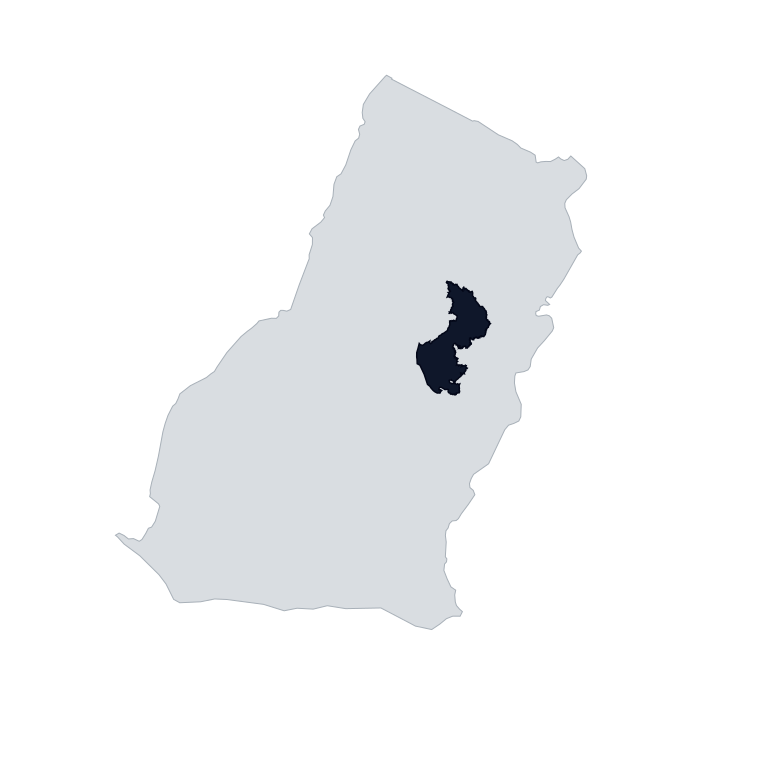 North East Gonja, Northern, Ghana shown in context, rotated 28°
{"feature_id": "2480657B30922977157044", "entity_name": "North East Gonja", "entity_type": "district", "adm_level": 2, "iso_a3": "GHA", "parent_name": "Ghana", "parent_adm1": "Northern", "projection": "robinson", "projection_center": [-0.531, 8.741], "detail": "fine", "context": "in_parent", "style": "filled", "palette": "ink", "viewbox_px": 768, "rotation_deg": 28, "n_neighbors": 0, "source": "geoboundaries", "source_scale": "gbopen_adm2", "svg_char_len": 8748}
<svg xmlns="http://www.w3.org/2000/svg" viewBox="0 0 768 768"><g transform="rotate(28 384 384)"><path d="M460.2,99.6L465.2,105.0L466.4,108.2L464.5,119.9L460.8,128.0L458.5,135.7L458.8,139.6L461.1,143.4L468.8,149.4L472.7,153.3L477.4,159.3L482.8,165.1L492.0,172.6L495.9,174.0L495.7,176.1L494.4,179.0L493.6,207.1L492.9,214.3L492.2,218.0L491.4,228.5L490.4,230.0L488.7,229.9L487.1,230.3L486.7,232.4L487.3,234.5L492.9,236.0L491.7,237.6L487.6,239.1L485.7,242.2L486.5,245.8L484.2,248.7L484.9,250.7L486.3,252.1L488.7,251.6L495.1,246.7L497.9,246.2L501.2,247.2L507.4,254.6L507.7,258.2L505.2,270.6L502.7,280.1L502.3,292.9L504.9,300.0L504.5,304.0L501.7,307.4L495.3,312.3L495.8,315.6L498.7,321.9L504.1,328.9L514.7,337.5L520.2,348.8L520.4,353.4L517.1,357.9L513.3,361.9L512.1,367.7L513.8,405.3L505.5,421.7L505.4,426.4L506.2,431.8L508.5,435.1L512.7,436.0L516.2,439.1L515.0,450.6L513.2,462.3L512.9,468.0L511.8,470.7L508.5,472.9L507.3,476.6L508.2,481.1L507.6,484.5L509.3,488.9L513.1,494.3L519.3,507.8L521.6,508.9L522.7,511.7L522.0,514.5L524.4,520.5L531.2,526.4L538.3,531.7L544.1,532.4L545.5,537.1L549.3,543.0L552.0,545.6L556.4,547.3L560.1,548.2L560.2,553.3L553.7,556.7L549.3,561.9L546.0,569.8L541.4,578.4L525.4,583.0L519.3,583.0L486.4,583.2L455.7,600.3L438.0,606.4L427.2,616.0L412.5,622.8L402.3,631.1L381.1,635.1L346.3,648.1L335.4,653.3L324.3,662.4L306.4,673.0L299.4,672.9L285.4,662.9L274.8,658.0L249.0,650.3L229.8,647.4L220.5,644.1L217.9,643.6L220.1,640.0L225.5,639.8L231.1,640.8L235.4,638.1L241.7,637.8L243.3,634.9L243.8,627.7L243.7,622.0L246.0,619.4L246.5,612.5L243.5,597.4L241.3,595.7L230.0,593.5L229.2,590.5L227.2,587.4L225.0,579.6L222.6,568.0L218.7,553.6L211.2,529.9L209.3,521.5L208.0,513.0L207.8,502.8L209.3,499.0L209.1,493.7L208.4,488.5L213.8,476.4L224.2,461.6L226.4,456.3L228.4,452.6L228.6,447.3L230.5,430.0L235.5,409.2L238.7,401.4L240.8,397.1L243.4,390.2L244.0,387.0L253.7,378.8L258.1,376.6L259.1,373.4L257.5,369.9L258.2,367.5L260.5,366.3L264.0,365.3L266.6,362.0L262.6,336.3L259.4,310.7L259.2,308.6L257.2,305.0L255.3,294.5L252.1,288.3L247.6,286.5L247.6,280.7L252.2,270.8L253.4,265.0L251.2,263.3L250.9,258.8L252.4,251.6L251.7,247.1L250.9,242.4L246.1,231.2L245.0,223.2L247.4,218.6L247.4,208.5L244.8,192.8L244.4,182.9L246.2,178.8L245.3,174.9L241.9,171.2L241.7,167.5L244.6,164.0L244.2,161.3L240.6,159.3L237.3,154.5L234.5,146.8L235.1,134.6L240.6,112.1L241.3,110.2L247.5,110.3L247.5,111.3L266.7,111.1L288.7,110.8L315.0,110.5L338.8,110.3L339.9,109.2L343.8,108.0L367.9,110.3L383.0,109.1L389.4,109.9L394.0,111.4L404.5,110.5L410.0,111.0L414.2,116.7L415.9,116.6L418.2,114.2L422.4,111.5L426.6,109.4L429.7,105.0L431.5,101.6L434.3,102.3L438.2,102.1L440.8,99.3L441.9,95.0L460.2,99.6Z" fill="#d9dde1" stroke="#a8b0b8" stroke-width="1"/><path d="M449.6,280.7L449.0,280.5L448.4,280.8L448.0,280.4L447.9,279.6L447.4,279.4L446.9,279.9L446.5,279.5L446.1,279.5L445.8,278.9L445.2,279.2L445.0,278.8L444.3,278.9L444.1,278.5L443.3,278.1L443.3,277.4L442.9,277.2L443.1,277.0L442.9,276.6L442.6,276.6L442.3,274.6L441.2,274.2L441.1,273.1L440.5,272.8L440.0,271.7L438.7,271.5L437.2,270.4L435.7,270.0L434.7,269.3L432.4,270.5L431.8,270.5L431.1,269.7L429.8,269.3L428.9,268.6L428.4,268.7L427.3,268.0L426.8,268.0L425.2,267.0L425.0,266.6L425.1,265.8L424.4,265.1L424.0,265.2L423.2,265.8L422.7,265.5L421.8,264.9L420.7,264.5L419.6,262.0L418.5,260.9L418.2,261.3L417.7,261.4L417.5,261.9L417.3,262.1L417.2,262.5L416.7,262.3L415.9,262.8L415.2,262.5L415.5,262.1L415.3,261.8L413.8,262.1L413.5,261.8L412.8,261.8L412.7,261.6L411.4,261.2L411.2,261.4L411.0,262.6L409.0,261.1L408.7,262.2L409.2,262.9L409.0,263.9L409.3,264.4L410.3,264.8L410.2,265.1L410.6,265.4L409.4,264.6L405.0,263.8L404.2,263.2L402.5,262.7L401.7,261.8L401.0,262.3L400.4,262.4L399.6,263.7L398.8,263.5L398.3,263.8L398.3,263.1L397.4,262.9L396.6,262.9L395.8,263.5L395.4,262.5L392.1,263.8L391.8,263.6L391.4,263.8L391.4,265.0L392.2,265.4L393.1,265.3L394.0,265.8L394.3,266.7L394.7,266.7L394.8,267.2L395.6,268.0L395.6,268.6L395.9,268.8L395.8,269.4L396.0,269.4L396.3,270.0L396.6,270.0L396.7,270.4L397.0,270.5L397.6,270.3L397.6,270.6L397.9,270.8L398.4,270.8L398.5,270.6L399.1,270.8L399.0,271.4L398.5,271.8L398.4,272.7L397.8,273.1L398.7,273.4L399.0,274.0L398.7,274.7L399.0,277.5L399.4,277.0L400.3,276.6L401.1,276.8L402.2,276.3L403.8,276.4L404.2,276.5L404.1,276.8L404.4,276.7L404.7,277.0L405.3,277.6L405.4,278.5L406.0,278.6L406.0,279.0L406.3,279.2L406.5,278.7L407.2,279.2L406.9,279.5L407.2,280.1L406.9,280.9L407.3,281.4L407.2,281.9L407.4,282.1L407.6,282.0L408.4,283.0L408.2,283.3L408.3,283.6L407.9,284.3L407.8,284.9L407.8,285.2L408.3,285.4L408.2,286.6L408.4,286.7L408.1,287.0L408.4,288.1L408.9,288.6L408.5,289.4L407.9,289.7L408.2,289.9L408.4,291.0L408.8,290.8L408.5,290.4L409.6,289.7L410.4,289.7L410.4,289.3L411.5,288.5L412.0,289.0L413.2,289.3L413.7,289.1L416.5,289.5L417.4,291.1L417.4,292.7L418.0,294.2L417.9,294.5L416.3,295.4L416.2,295.2L415.6,295.5L415.5,295.3L415.0,296.1L414.6,296.1L414.7,296.4L413.4,296.8L413.4,297.0L413.0,297.0L412.4,297.6L412.9,298.2L413.1,298.9L413.6,299.2L413.7,299.9L414.4,300.9L414.3,301.7L414.7,303.0L414.3,304.6L414.9,307.0L412.8,311.3L411.8,312.3L411.3,314.1L410.2,315.4L410.0,316.3L410.4,317.9L409.3,318.9L408.6,320.8L408.0,321.2L407.5,323.0L406.5,323.9L406.5,324.2L406.9,324.9L406.6,326.0L406.3,326.5L405.6,326.4L404.6,325.4L404.3,324.5L403.3,326.5L402.2,327.2L401.4,328.5L400.7,330.6L399.9,331.8L397.5,332.3L396.1,331.7L397.3,336.5L398.2,340.9L400.2,344.8L401.6,346.7L403.8,350.5L406.9,350.5L414.9,356.5L422.6,363.9L425.8,364.5L427.0,365.3L430.4,366.6L432.4,367.0L435.2,367.0L436.7,366.1L437.6,365.8L437.8,365.2L437.2,364.1L437.8,363.4L438.0,362.6L436.4,362.7L435.1,363.2L434.8,362.9L434.7,361.8L434.9,360.6L436.4,360.0L440.4,360.3L442.5,358.9L443.4,358.7L443.9,360.1L444.3,360.7L445.1,361.3L446.8,361.1L447.2,361.6L447.9,361.6L448.3,361.1L449.9,361.0L450.0,360.5L450.7,359.9L451.3,359.8L451.6,360.3L452.3,359.9L452.6,359.3L452.2,358.0L452.8,357.8L453.8,356.9L454.1,356.2L454.4,356.3L454.4,355.4L454.0,354.7L453.1,353.9L452.7,352.6L451.1,350.3L450.8,348.5L450.1,349.4L449.0,349.2L448.4,350.3L447.3,350.2L446.8,349.9L446.0,350.7L444.8,350.5L444.5,351.4L443.6,352.0L443.0,351.8L441.8,352.0L441.2,351.9L439.8,350.2L439.9,349.9L440.5,349.7L441.4,348.5L442.0,349.0L443.8,348.9L445.1,349.3L445.6,349.1L445.9,346.5L446.8,344.8L447.1,343.4L448.2,341.1L448.3,339.7L447.6,339.4L447.2,339.5L446.4,338.2L448.3,337.9L448.4,338.4L448.8,338.6L449.0,336.9L449.8,337.3L450.2,337.2L449.2,336.2L449.5,335.9L449.9,333.7L449.3,333.3L449.3,332.2L450.0,331.5L450.1,330.9L448.7,330.9L448.1,330.1L448.0,329.3L447.5,329.6L447.1,329.2L446.8,329.6L446.7,330.3L445.2,330.7L445.1,331.5L444.6,331.4L444.3,331.9L444.3,331.1L443.7,330.5L442.7,331.7L442.1,331.9L442.0,331.7L442.4,331.4L442.0,331.5L441.5,332.5L441.4,332.2L441.1,332.2L440.9,333.2L440.8,332.7L440.4,332.5L440.1,332.8L439.3,332.6L439.1,332.9L439.0,332.2L438.2,331.1L437.9,330.3L438.4,329.5L437.4,329.3L436.8,328.3L437.3,327.5L437.3,326.8L436.9,326.8L436.2,327.8L436.0,326.8L435.7,326.8L435.6,327.3L435.3,327.4L434.6,327.1L434.2,327.3L434.2,326.8L434.1,327.0L434.0,326.4L433.7,326.3L433.3,326.9L433.1,326.7L433.2,326.0L433.0,325.7L432.7,326.0L432.6,325.4L432.9,325.2L432.7,324.9L432.9,324.3L432.4,323.1L432.5,322.5L432.1,322.1L431.5,322.8L431.2,322.7L431.1,322.2L431.3,321.3L430.8,321.3L430.7,320.9L430.2,321.0L429.7,319.8L429.2,319.6L429.2,319.9L428.4,320.2L427.9,319.2L427.2,319.3L427.0,318.8L427.2,317.5L426.8,317.2L427.1,315.2L428.1,314.5L429.4,315.7L430.1,315.0L431.5,316.1L431.4,315.1L433.1,314.6L433.3,315.0L433.1,315.0L432.8,316.0L433.0,316.9L433.3,316.2L433.5,317.0L434.2,316.5L435.0,316.6L434.9,316.8L435.4,316.6L435.2,315.5L436.4,315.6L436.6,314.5L436.0,314.0L436.1,313.7L437.2,313.3L437.6,312.7L438.2,312.4L438.4,312.7L438.7,312.6L439.5,313.8L439.9,313.4L440.7,313.1L440.7,311.8L441.3,311.3L441.1,309.9L441.4,310.0L441.5,309.8L441.4,309.0L441.6,309.1L441.6,308.7L441.8,308.7L441.8,308.3L442.1,308.1L441.9,307.8L442.2,307.6L441.9,306.9L441.2,306.8L440.6,307.1L440.2,306.9L440.1,305.5L439.8,305.3L439.1,305.3L438.8,304.5L438.5,304.4L438.3,303.6L438.6,303.6L438.8,303.1L438.4,303.0L438.8,302.5L439.2,302.6L439.5,303.3L439.7,302.9L441.1,303.3L441.9,303.1L441.9,302.8L442.3,302.7L441.7,301.5L441.7,300.9L442.3,300.6L442.6,300.9L442.8,300.3L443.5,299.9L443.4,299.5L443.9,299.6L444.0,299.3L444.4,299.5L444.7,299.3L444.8,299.6L445.4,299.5L446.3,298.8L446.0,298.0L446.8,297.8L446.6,297.6L446.5,296.8L446.9,296.0L447.1,295.9L447.1,296.3L447.6,296.1L448.1,296.4L448.8,295.4L449.8,295.3L450.2,292.8L449.6,290.7L449.3,290.7L449.5,290.1L448.8,289.5L449.1,289.4L448.9,289.0L449.1,288.1L448.4,287.9L448.4,287.6L448.9,286.4L448.8,285.9L449.5,284.9L448.8,283.4L449.2,283.1L449.0,282.8L449.1,282.1L449.3,281.9L449.2,281.3L449.6,280.7Z" fill="#0f172a" stroke="#020617" stroke-width="1.5"/></g></svg>